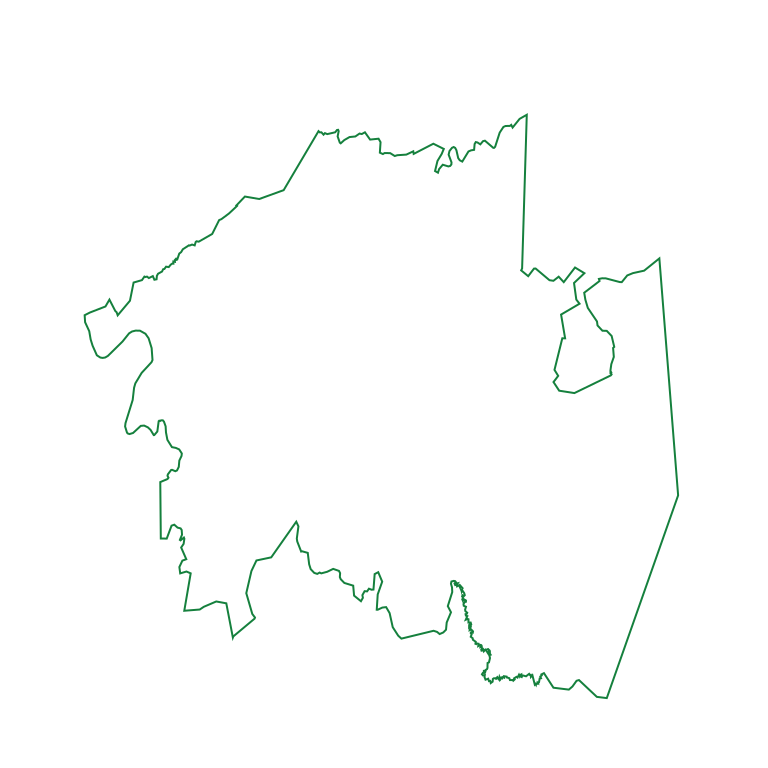 Virešu pag., Apes, Latvia (Robinson projection), rotated 277°
{"feature_id": "27541924B12272202930489", "entity_name": "Virešu pag.", "entity_type": "district", "adm_level": 2, "iso_a3": "LVA", "parent_name": "Latvia", "parent_adm1": "Apes", "projection": "robinson", "projection_center": [26.356, 57.405], "detail": "fine", "context": "isolated", "style": "outline", "palette": "green", "viewbox_px": 768, "rotation_deg": 277, "n_neighbors": 0, "source": "geoboundaries", "source_scale": "gbopen_adm2", "svg_char_len": 6155}
<svg xmlns="http://www.w3.org/2000/svg" viewBox="0 0 768 768"><g transform="rotate(277 384 384)"><path d="M259.4,173.9L203.4,181.3L204.1,187.2L217.5,190.4L218.8,193.0L216.3,196.6L215.9,199.7L214.4,201.0L209.8,201.9L204.4,200.4L204.0,201.1L207.2,204.1L206.1,204.7L200.9,204.6L197.0,202.6L186.0,209.1L184.1,205.4L177.4,203.2L171.2,204.8L173.8,210.8L172.5,215.2L134.6,213.4L137.7,228.6L140.9,232.3L147.7,244.0L147.1,254.2L113.9,264.9L115.1,265.2L135.3,284.1L136.5,284.4L139.7,281.3L159.6,272.8L182.2,275.2L193.3,278.9L198.2,293.2L236.6,313.7L232.3,316.4L219.9,316.3L217.1,317.1L207.6,322.2L208.0,323.0L207.1,328.9L195.9,331.7L191.3,333.8L188.0,337.8L187.4,340.9L189.0,343.1L188.4,344.8L190.7,350.5L194.3,356.1L193.0,362.1L190.9,363.5L187.0,363.7L185.0,364.8L181.7,368.9L180.1,378.0L170.3,380.1L165.6,387.6L169.2,389.1L171.8,388.3L176.0,390.0L176.1,392.5L179.0,394.0L178.3,396.8L178.7,398.6L194.2,397.9L196.5,401.2L187.6,406.3L174.4,403.4L159.1,404.3L159.2,405.3L161.9,409.6L162.8,413.3L157.3,417.5L143.7,422.3L135.9,428.8L133.4,432.3L145.1,463.3L144.4,466.9L142.6,469.7L144.6,473.1L147.7,475.5L154.9,475.3L165.6,478.3L171.3,474.4L185.8,477.1L190.4,476.3L193.9,474.8L196.2,475.0L197.1,477.3L197.0,478.6L196.1,479.5L194.7,478.3L193.1,479.2L193.4,480.0L194.7,480.2L195.2,481.5L193.7,480.8L192.1,481.2L193.3,483.0L191.2,484.3L193.2,484.3L190.9,486.9L188.7,486.0L187.6,486.4L188.9,486.7L186.2,489.1L184.2,489.9L183.4,489.3L183.9,487.7L182.7,487.4L181.1,488.8L179.9,487.9L178.5,488.7L180.5,489.1L179.5,489.8L179.4,491.3L178.9,491.8L177.0,491.8L178.4,491.2L175.3,489.7L173.6,490.2L172.9,492.5L169.9,492.0L168.4,492.5L167.1,494.5L166.1,494.2L165.5,493.0L164.1,493.5L163.8,495.0L160.0,493.9L161.0,495.6L160.8,496.5L157.5,496.9L157.8,499.1L155.9,499.9L155.3,499.5L155.7,498.3L155.2,497.9L153.4,498.1L154.3,498.6L153.9,499.7L150.1,499.1L150.9,500.6L149.3,502.5L148.0,502.4L148.2,500.8L147.4,500.4L146.2,501.5L143.7,500.9L142.5,503.0L141.0,503.4L139.3,506.5L137.3,506.4L137.1,507.2L137.8,507.5L137.7,509.5L135.4,509.5L136.8,511.4L136.7,512.1L134.6,511.8L135.2,513.0L134.2,513.0L133.6,514.0L132.2,512.9L131.2,513.3L131.4,513.9L132.5,514.2L132.5,515.1L130.9,515.7L132.7,517.0L131.7,518.1L132.7,517.9L133.6,519.6L132.4,521.2L130.1,519.4L128.7,520.6L130.5,521.0L130.7,521.8L129.4,521.9L128.3,522.8L127.7,521.6L124.9,522.6L120.5,522.1L119.7,520.8L114.8,521.3L113.6,521.0L112.7,519.9L110.7,519.6L111.7,518.7L111.5,518.1L109.4,518.4L109.4,517.4L107.8,516.6L106.8,517.7L107.4,519.5L105.3,519.5L102.9,520.8L104.2,523.3L101.9,524.4L102.3,525.5L101.9,525.8L100.2,526.4L101.8,528.1L104.5,528.0L105.2,528.7L105.6,530.7L104.4,531.7L105.9,531.4L106.9,532.2L104.6,534.3L107.2,534.4L105.2,535.6L106.9,536.3L106.3,537.2L107.6,537.7L107.2,539.0L108.6,538.8L108.5,541.4L107.7,541.7L107.3,544.2L105.5,545.1L105.9,548.1L105.3,548.5L106.7,549.7L107.7,549.0L109.5,551.2L108.9,552.3L111.9,553.4L110.6,554.2L111.7,554.4L112.2,555.2L110.5,554.8L109.9,556.4L111.7,556.9L111.2,560.6L114.0,563.4L113.0,564.3L113.2,565.1L111.2,565.5L113.0,566.8L104.0,570.3L104.8,570.9L104.0,571.5L105.0,571.6L105.1,572.6L106.4,572.7L105.8,573.6L106.6,573.5L107.0,574.2L110.7,574.4L111.1,575.7L112.7,574.8L114.0,576.1L114.9,575.6L116.5,578.0L103.2,589.2L103.2,604.7L106.7,607.9L112.9,611.3L113.9,613.6L99.4,633.4L99.4,643.4L309.3,689.5L542.2,642.0L528.2,628.4L524.4,617.6L521.4,612.2L514.1,607.6L513.9,605.7L515.9,591.1L515.5,587.6L514.5,584.5L512.5,585.4L499.0,571.6L492.2,573.6L484.4,577.0L472.0,587.8L468.1,588.8L463.5,594.3L463.9,598.6L459.4,604.1L448.9,608.0L447.7,607.0L438.9,608.8L431.4,607.2L425.0,607.1L423.6,607.3L424.0,607.6L422.9,608.3L422.1,607.8L421.2,608.7L420.2,608.1L398.2,574.1L398.7,558.7L406.6,552.0L413.3,555.9L418.8,551.5L451.1,555.4L451.4,558.2L474.5,551.3L487.5,568.3L491.2,564.6L507.4,560.3L518.4,569.4L522.9,559.4L507.0,550.0L511.8,544.3L507.1,539.6L507.2,535.6L517.1,520.4L516.8,518.8L508.6,514.0L513.5,506.3L515.5,507.0L668.6,492.9L663.7,486.3L654.2,480.4L656.7,478.7L655.5,477.5L654.9,473.2L653.7,471.2L647.6,468.2L633.0,465.4L631.8,464.5L631.7,463.7L637.8,454.5L637.1,452.7L633.6,450.4L635.1,447.4L635.3,445.6L633.2,444.7L627.4,444.9L626.5,441.9L625.1,439.5L614.3,434.6L615.3,431.9L617.3,430.1L624.8,427.4L627.0,425.9L627.7,424.3L626.7,422.7L623.2,420.6L619.5,420.2L612.2,424.0L610.1,424.1L608.5,423.1L607.8,421.4L608.8,415.6L604.0,412.5L600.3,411.8L601.6,408.7L611.9,409.9L619.3,413.2L624.6,414.7L628.5,403.7L616.0,385.4L618.5,384.7L614.4,378.2L612.7,369.3L611.6,366.9L613.9,362.0L613.3,356.4L612.1,354.9L613.1,351.7L623.6,351.1L626.8,348.7L624.9,340.4L631.5,334.4L629.4,331.5L629.6,329.2L626.2,325.4L624.9,319.7L621.3,314.9L617.6,311.7L618.2,310.7L624.1,307.8L629.4,308.2L630.7,307.5L630.4,306.4L627.9,304.9L625.1,297.2L625.8,294.8L624.1,293.6L626.2,291.2L625.9,289.6L627.0,288.2L564.2,260.8L552.4,237.6L553.1,223.1L543.2,215.7L542.8,216.4L534.3,209.3L527.8,202.5L526.6,200.4L512.0,195.2L502.7,182.8L502.8,180.5L502.0,179.8L498.5,179.2L499.0,176.5L497.7,174.2L497.9,173.5L493.2,167.9L490.2,166.6L488.5,164.9L482.3,163.6L481.9,162.8L482.8,162.2L481.4,161.2L479.8,161.6L479.9,160.0L477.8,160.3L477.8,159.3L476.5,157.8L473.8,156.1L473.9,153.4L471.4,152.0L471.0,150.8L468.6,150.0L465.9,146.3L463.7,145.4L460.2,145.5L459.5,143.4L462.9,141.4L460.5,137.7L461.7,135.7L461.1,134.0L461.4,133.1L457.6,131.1L454.2,123.1L435.7,121.7L419.7,111.3L422.6,109.9L423.7,108.4L434.3,101.2L427.0,98.1L419.1,83.4L415.8,78.5L408.9,79.8L400.5,85.0L392.5,87.4L386.5,90.1L377.5,95.5L375.7,99.2L375.6,101.5L376.3,104.0L378.2,106.5L394.3,119.3L403.2,124.8L405.4,127.5L406.7,130.9L407.2,135.2L404.8,141.1L400.7,144.8L391.3,149.0L379.6,151.3L377.3,150.6L365.5,142.1L354.3,137.1L349.8,136.4L337.5,136.5L313.7,132.2L310.3,132.2L304.5,134.8L303.7,135.6L303.3,137.5L304.8,140.9L312.8,147.7L313.5,151.0L312.2,154.9L310.0,157.9L305.2,161.7L305.3,162.2L309.2,164.8L319.6,164.9L320.2,165.4L320.0,166.3L320.8,167.2L321.0,168.9L319.8,170.2L315.4,172.4L309.4,173.5L302.2,175.8L295.5,181.2L295.2,185.2L294.1,188.7L290.4,191.8L287.9,191.8L283.1,190.2L276.7,190.4L273.0,189.1L272.0,187.5L273.0,184.1L272.7,183.2L268.0,180.5L266.5,180.3L264.7,181.5L263.3,180.7L259.4,173.9Z" fill="none" stroke="#15803d" stroke-width="2"/></g></svg>